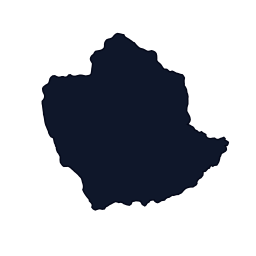 the district of União de Minas, Minas Gerais, Brazil, rotated 146°
{"feature_id": "56859067B72130138195353", "entity_name": "União de Minas", "entity_type": "district", "adm_level": 2, "iso_a3": "BRA", "parent_name": "Brazil", "parent_adm1": "Minas Gerais", "projection": "orthographic", "projection_center": [-50.35, -19.408], "detail": "fine", "context": "isolated", "style": "filled", "palette": "ink", "viewbox_px": 256, "rotation_deg": 146, "n_neighbors": 0, "source": "geoboundaries", "source_scale": "gbopen_adm2", "svg_char_len": 4182}
<svg xmlns="http://www.w3.org/2000/svg" viewBox="0 0 256 256"><g transform="rotate(146 128 128)"><path d="M174.3,69.4L173.7,67.7L172.8,66.5L171.8,65.1L170.0,63.3L168.0,63.3L166.7,64.2L165.4,64.9L164.1,64.1L162.2,63.5L160.9,62.5L159.6,61.4L158.6,60.2L158.6,58.4L158.8,56.6L158.2,55.4L157.6,54.1L155.9,54.3L154.7,55.0L153.2,55.1L151.8,55.0L150.5,55.7L148.4,55.0L146.7,54.0L146.6,52.2L146.0,50.6L145.1,49.6L143.6,49.3L142.0,49.3L140.7,49.2L139.5,48.6L137.9,47.9L136.3,48.5L134.1,48.4L132.6,47.7L130.7,47.7L128.8,47.6L127.8,46.7L126.2,46.2L124.5,45.6L123.4,44.8L122.0,44.8L120.4,44.5L119.0,44.7L117.0,45.3L114.6,45.7L112.9,45.6L111.2,45.1L109.6,44.5L108.3,43.7L107.1,42.9L105.4,42.9L103.5,42.8L101.9,43.5L101.3,44.8L99.9,45.6L98.0,46.3L95.2,46.1L92.5,47.0L91.3,48.3L90.8,49.5L89.3,49.5L87.9,48.9L85.9,49.4L84.3,49.8L82.9,49.3L81.4,50.4L79.6,50.3L79.1,48.9L77.4,48.9L76.3,48.3L75.1,47.7L73.6,48.3L71.7,49.3L70.6,50.2L69.3,51.4L68.3,52.5L66.8,53.2L65.7,54.2L64.4,54.7L62.7,54.5L60.3,54.4L58.7,54.9L57.8,56.4L57.4,58.9L55.5,58.2L54.0,58.9L52.8,60.1L53.5,62.0L54.6,63.8L53.5,64.9L53.8,66.6L55.4,66.9L57.2,67.5L59.1,67.7L60.5,68.5L61.4,69.6L61.9,71.1L63.6,72.1L65.3,72.8L66.6,73.8L67.8,75.4L68.1,77.5L67.2,79.1L68.0,80.8L68.7,82.0L69.2,83.8L71.0,84.0L72.1,85.3L72.3,86.8L73.0,87.9L73.7,89.3L73.5,91.1L73.7,92.5L74.6,94.1L75.4,95.9L76.6,97.7L74.7,98.3L73.0,99.1L71.9,100.1L71.1,101.7L70.6,103.3L70.4,105.1L70.2,107.4L70.0,109.2L69.1,110.4L68.0,111.9L66.5,113.3L65.0,114.5L64.0,116.0L63.1,117.3L62.2,118.8L60.8,120.5L59.8,122.8L59.5,124.3L58.9,125.6L58.1,127.2L57.8,129.0L57.7,130.4L57.8,131.8L56.8,133.1L56.0,134.6L54.9,136.3L53.3,138.0L53.1,139.8L53.2,141.6L54.6,143.0L55.5,144.2L56.3,145.3L57.4,146.4L58.2,147.9L58.9,149.3L59.7,150.4L61.4,150.8L62.4,152.0L62.7,153.6L63.1,154.9L64.2,155.8L65.3,156.6L65.6,158.8L65.5,160.6L65.5,162.2L65.8,163.7L66.5,165.9L66.5,168.1L65.4,169.6L64.5,171.0L63.8,172.2L63.1,174.1L63.3,175.9L64.1,177.4L65.2,178.8L66.6,179.3L68.1,179.9L69.2,180.8L69.9,182.0L70.5,183.2L71.6,185.1L73.2,186.8L74.1,188.4L74.6,190.3L75.0,192.6L75.2,195.1L76.1,196.3L76.5,197.9L77.1,199.3L77.8,201.2L78.8,203.2L79.4,204.5L79.7,206.0L79.4,207.6L80.5,208.6L81.6,209.9L82.9,211.2L84.0,212.2L85.5,212.5L87.5,212.3L89.1,211.8L90.3,211.5L91.6,211.5L93.1,211.9L94.6,212.5L96.3,212.9L97.8,212.5L99.2,211.8L100.5,210.5L101.6,208.8L103.1,207.5L105.5,207.2L107.7,207.7L109.5,208.5L110.8,209.1L112.1,209.6L113.5,209.2L114.6,208.5L115.9,208.2L117.8,208.0L119.3,207.3L120.5,206.2L121.0,204.7L121.1,202.6L121.2,201.3L122.1,200.2L123.2,198.9L124.7,197.3L126.0,195.7L127.3,194.3L128.4,193.3L129.7,193.0L131.1,193.3L132.7,194.0L134.1,194.7L135.2,195.8L136.7,197.4L138.4,198.7L139.8,199.2L141.2,199.7L142.9,200.3L144.5,201.5L145.6,202.9L146.0,204.3L147.4,205.0L149.6,204.4L151.2,204.8L152.3,205.7L153.1,206.8L154.2,207.5L155.8,208.0L157.3,208.8L158.6,210.5L159.5,212.2L161.3,213.2L163.5,213.0L165.0,212.4L166.6,211.0L167.7,210.0L169.1,209.3L170.5,209.2L171.9,209.4L173.9,209.3L175.5,209.1L176.7,208.3L177.3,207.2L177.9,206.0L178.2,204.5L178.4,202.9L178.8,201.5L179.9,200.0L181.3,199.0L182.5,198.5L184.1,198.1L185.4,196.1L186.2,194.2L187.2,192.3L188.2,190.3L189.2,188.2L190.3,186.4L190.9,184.6L191.6,183.0L192.2,181.7L193.2,179.7L193.9,177.9L194.4,176.4L194.7,174.6L195.1,172.9L195.4,171.3L195.6,170.0L196.4,168.0L196.7,165.4L196.6,163.8L195.7,162.3L195.3,161.0L195.9,159.9L196.6,158.2L197.2,156.6L197.4,154.9L198.0,153.5L198.0,152.1L198.9,150.8L199.4,149.3L199.8,147.4L199.6,145.7L199.8,144.3L199.9,142.7L200.6,141.3L201.8,139.8L202.6,138.4L203.2,137.1L203.2,135.0L203.1,133.4L202.6,132.1L201.4,131.4L200.2,130.6L199.0,129.9L198.2,128.6L197.7,127.2L197.2,125.1L196.7,123.4L196.5,122.0L196.0,120.5L195.6,118.9L195.2,117.2L195.0,115.2L194.7,113.8L194.6,112.2L195.2,110.3L195.9,108.5L196.4,106.7L197.2,104.8L198.4,103.2L199.9,102.0L200.3,99.5L200.4,97.5L200.4,95.5L200.3,93.6L200.1,91.8L200.0,90.5L200.7,89.0L200.3,87.0L200.2,85.2L200.9,83.6L202.2,82.5L202.0,80.3L200.9,78.4L199.2,78.0L197.0,77.3L195.8,76.3L194.7,75.1L192.8,74.2L190.6,75.2L188.5,74.9L186.2,75.0L184.5,74.7L181.9,74.5L179.5,74.1L178.1,72.7L177.3,71.5L175.6,70.8L174.3,69.4Z" fill="#0f172a" stroke="#020617" stroke-width="1.5"/></g></svg>